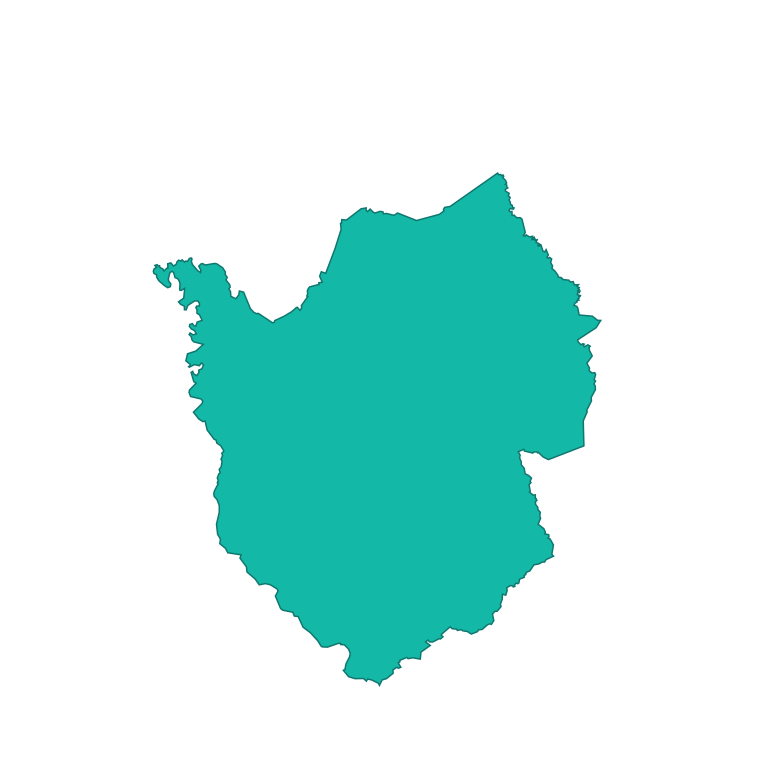 Kosum Phisai, Maha Sarakham, Thailand (Mercator projection), rotated 315°
{"feature_id": "78962969B36169565655926", "entity_name": "Kosum Phisai", "entity_type": "district", "adm_level": 2, "iso_a3": "THA", "parent_name": "Thailand", "parent_adm1": "Maha Sarakham", "projection": "mercator", "projection_center": [103.006, 16.27], "detail": "fine", "context": "isolated", "style": "filled", "palette": "teal", "viewbox_px": 768, "rotation_deg": 315, "n_neighbors": 0, "source": "geoboundaries", "source_scale": "gbopen_adm2", "svg_char_len": 6171}
<svg xmlns="http://www.w3.org/2000/svg" viewBox="0 0 768 768"><g transform="rotate(315 384 384)"><path d="M152.8,557.7L152.0,565.9L155.2,571.9L161.2,577.7L161.5,581.7L163.7,581.0L166.0,584.5L168.4,591.5L167.7,593.9L173.4,591.9L177.4,594.1L185.9,595.0L188.1,592.5L192.5,593.3L193.3,595.2L195.6,596.2L196.9,591.2L198.8,591.7L199.7,590.6L206.7,593.4L206.8,595.2L210.7,597.9L215.1,604.2L220.6,599.7L231.8,601.6L231.1,595.8L234.0,596.1L233.8,598.5L236.1,600.9L242.9,603.1L243.6,604.2L247.0,604.5L246.8,602.2L248.5,601.7L259.1,602.5L259.2,605.3L262.1,608.8L261.6,610.1L264.7,612.1L265.3,614.4L268.0,618.1L268.9,622.5L274.9,625.2L277.0,624.7L279.9,627.0L287.0,627.4L289.2,628.4L290.0,629.9L294.4,628.9L298.0,623.4L301.7,623.2L303.4,624.7L309.3,624.2L310.6,622.0L315.3,619.9L319.1,616.4L320.8,619.4L325.1,617.1L326.8,614.8L330.8,615.9L332.2,617.6L331.9,618.9L333.5,619.6L334.3,618.3L336.4,618.2L337.5,619.9L338.8,620.0L341.8,617.8L346.5,619.9L347.4,618.6L349.7,618.9L351.3,617.8L355.0,619.3L362.2,617.9L366.2,620.7L370.2,621.9L371.6,623.4L374.5,622.8L382.1,625.6L382.3,623.1L390.0,617.6L391.9,610.9L391.0,609.0L392.7,608.6L393.9,607.0L391.7,603.7L393.3,602.9L394.7,599.4L393.8,592.2L399.7,589.7L400.8,587.5L403.8,585.2L404.0,581.7L405.5,580.0L406.1,576.2L408.1,574.2L409.7,574.5L410.5,572.6L410.0,572.0L412.6,569.4L410.9,568.0L410.4,563.2L411.5,563.3L415.4,557.7L418.1,557.7L418.4,556.2L421.8,554.8L421.6,550.9L420.3,547.3L423.5,542.8L424.0,538.2L426.0,536.1L427.6,532.2L430.0,530.5L431.1,526.8L436.7,529.1L435.9,530.7L440.4,538.1L441.5,537.8L444.0,539.9L443.9,541.3L444.8,541.4L444.9,548.1L446.8,553.7L481.6,569.1L498.8,551.0L508.1,547.3L508.5,546.0L518.7,542.7L521.0,540.0L529.5,537.5L532.0,534.7L532.5,532.4L535.7,531.5L535.6,529.6L540.4,526.9L541.0,525.0L538.9,523.3L538.5,519.6L540.6,518.0L542.1,512.8L551.1,511.4L553.1,505.3L554.9,503.2L556.5,503.1L555.9,500.5L551.9,499.3L552.5,497.4L553.7,497.4L553.1,496.2L551.0,495.4L551.1,491.4L552.2,489.7L573.8,494.2L582.2,492.3L580.0,489.9L579.3,483.4L570.8,473.2L574.8,467.2L575.2,465.4L573.9,462.7L576.5,461.9L578.4,462.6L579.3,461.5L581.2,462.5L581.2,460.9L582.8,461.2L583.8,459.6L584.5,460.7L585.4,460.4L583.9,457.5L586.2,456.0L586.5,457.4L588.3,456.9L587.3,455.2L589.0,455.2L588.8,453.7L590.2,453.8L589.4,451.4L591.7,451.2L588.7,448.5L590.2,445.4L587.9,443.6L588.1,441.2L584.5,436.9L584.6,434.1L582.8,431.7L583.9,430.1L584.7,425.1L584.5,421.0L586.7,419.7L587.7,416.0L591.0,414.1L590.6,411.6L589.0,411.2L588.7,409.7L591.4,409.0L593.6,403.6L591.1,404.3L590.3,402.6L593.4,396.5L592.9,395.5L591.5,396.5L590.6,395.0L592.8,394.1L591.6,391.4L594.3,390.3L592.4,389.1L591.9,387.6L593.3,388.2L594.0,386.4L591.0,386.1L593.5,384.6L590.8,382.8L590.0,379.1L588.5,379.2L587.5,377.7L591.1,376.7L598.2,364.9L597.9,362.7L595.4,360.2L595.4,356.6L593.7,355.4L596.5,352.5L595.0,351.4L595.1,349.6L597.2,349.2L599.2,351.9L600.5,351.5L599.9,349.8L601.0,348.4L600.6,346.1L602.0,344.6L602.4,342.4L605.1,341.3L604.9,338.9L607.3,337.7L606.3,333.5L607.5,332.1L610.2,332.9L610.4,331.0L611.5,330.1L610.9,328.7L612.8,328.6L613.9,326.1L614.0,322.0L615.5,321.8L616.0,320.5L614.4,319.7L614.7,318.5L613.1,317.0L613.5,315.2L556.3,305.2L551.7,302.0L549.5,302.6L548.7,304.0L543.1,303.2L522.6,291.4L514.5,272.7L510.4,271.8L506.2,265.0L503.9,263.3L505.0,261.4L503.2,259.1L498.6,256.8L497.8,254.8L497.9,250.5L494.2,250.5L494.3,248.4L495.9,246.9L491.7,243.9L473.4,241.5L470.4,237.9L467.6,240.3L466.8,239.7L463.1,244.3L445.4,253.5L421.1,264.5L419.0,260.3L414.7,262.3L412.3,268.4L409.5,266.3L408.5,267.7L400.2,262.8L398.3,262.9L395.8,263.8L393.5,266.5L391.6,267.2L391.9,268.3L381.0,270.1L379.6,272.1L376.6,272.4L377.0,268.7L376.3,268.0L370.0,267.6L361.4,265.5L351.7,261.9L350.0,262.8L348.4,261.8L345.1,245.3L343.6,244.1L342.6,241.2L342.8,236.2L349.7,219.8L347.5,216.0L344.5,218.2L339.6,219.0L337.7,213.7L340.9,210.0L341.6,207.0L343.6,206.8L345.1,204.7L345.8,198.7L348.5,197.8L349.3,194.0L351.0,192.7L352.1,187.8L350.8,181.0L349.6,179.1L341.8,173.5L340.8,170.5L339.5,169.7L336.3,169.7L335.0,173.9L333.0,175.5L332.4,171.8L333.0,164.1L334.5,161.1L336.7,159.8L336.8,158.5L335.0,157.6L331.8,158.4L330.6,156.8L329.2,156.8L329.0,153.4L327.2,153.6L326.4,151.3L324.2,151.2L321.7,152.4L318.6,151.8L318.9,147.6L316.1,146.0L313.1,149.3L312.6,148.6L308.4,148.5L309.0,146.1L307.9,143.3L308.9,141.7L308.0,141.1L307.9,139.1L305.8,138.1L305.6,140.7L303.0,140.0L300.6,141.2L299.5,143.1L300.4,146.0L298.9,147.6L297.8,151.6L298.3,159.2L299.2,163.0L301.7,164.1L304.1,162.4L304.5,159.0L305.9,157.1L311.5,153.8L313.7,154.4L314.1,156.4L311.5,161.0L312.6,163.8L312.0,166.3L310.8,168.7L306.0,173.1L306.7,174.4L310.7,175.4L303.1,181.7L296.8,180.6L296.5,183.9L297.9,187.7L295.4,190.4L296.5,191.7L300.9,189.7L308.9,191.4L311.1,193.7L310.4,196.7L308.7,198.2L306.6,196.5L305.0,196.9L304.3,199.2L301.7,201.8L302.5,204.5L300.4,210.4L295.7,208.1L291.7,210.0L290.8,208.7L291.2,205.8L288.8,204.6L287.1,205.6L286.7,208.9L287.8,212.1L286.7,215.9L283.8,214.3L283.0,210.8L281.2,211.2L281.1,214.5L279.5,216.8L279.2,219.5L284.3,228.2L274.3,227.7L266.5,223.7L260.3,227.5L260.8,233.0L259.9,234.0L258.2,233.5L258.2,234.5L263.6,236.2L266.4,240.5L269.8,240.0L269.8,242.9L266.1,244.5L262.8,243.2L261.3,245.0L257.5,245.7L256.6,242.2L257.7,239.8L255.8,239.4L251.2,247.8L251.7,250.6L242.2,250.7L240.2,252.1L238.4,256.1L244.0,265.1L243.7,268.1L241.4,269.2L229.3,269.2L228.3,277.8L229.3,282.5L231.3,283.7L226.4,291.5L224.8,303.0L225.6,304.9L224.0,307.6L224.9,312.0L223.6,317.6L223.1,318.3L220.5,318.2L219.1,320.5L215.5,322.0L214.8,324.2L210.2,327.5L207.0,327.9L205.5,330.9L203.4,330.8L199.6,332.6L198.7,334.9L196.2,336.0L196.5,337.2L188.5,339.7L185.8,341.4L184.4,343.6L184.3,347.4L181.7,353.3L176.7,358.3L166.4,364.7L160.1,372.6L158.7,378.0L155.0,380.8L155.7,388.1L154.2,392.9L162.2,403.8L159.0,405.3L157.5,415.9L154.2,420.1L155.0,430.7L153.8,437.8L158.9,441.2L161.6,445.4L163.5,453.4L162.6,455.5L157.3,457.1L152.1,469.7L152.5,472.4L158.1,480.9L156.5,484.7L158.9,487.7L154.8,498.8L156.1,507.9L155.6,518.5L154.2,524.8L154.5,526.3L158.0,530.1L168.3,535.1L170.0,537.0L169.2,537.7L171.6,540.5L171.5,546.5L169.6,550.7L166.8,552.5L159.1,555.1L154.6,558.2L152.8,557.7Z" fill="#14b8a6" stroke="#0f766e" stroke-width="1.5"/></g></svg>